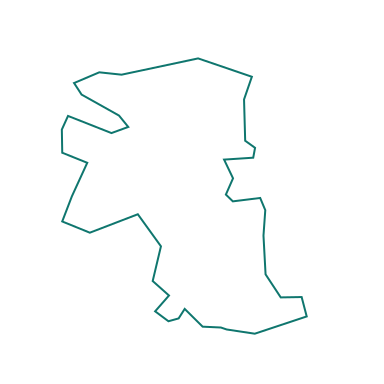 Shakhrixan, Andijon, Uzbekistan (Natural Earth projection), rotated 194°
{"feature_id": "79887680B98657239808063", "entity_name": "Shakhrixan", "entity_type": "district", "adm_level": 2, "iso_a3": "UZB", "parent_name": "Uzbekistan", "parent_adm1": "Andijon", "projection": "natural_earth1", "projection_center": [72.04, 40.728], "detail": "fine", "context": "isolated", "style": "outline", "palette": "teal", "viewbox_px": 384, "rotation_deg": 194, "n_neighbors": 0, "source": "geoboundaries", "source_scale": "gbopen_adm2", "svg_char_len": 679}
<svg xmlns="http://www.w3.org/2000/svg" viewBox="0 0 384 384"><g transform="rotate(194 192 192)"><path d="M218.4,323.1L288.7,288.8L310.9,285.7L332.8,269.2L322.7,259.8L281.3,248.5L269.6,239.7L284.4,229.7L330.7,235.8L333.4,221.1L327.4,198.7L300.7,195.0L307.5,158.8L310.8,132.0L281.3,127.8L239.2,157.3L209.0,131.8L208.6,96.1L189.3,86.0L198.9,67.3L183.6,60.9L174.4,66.1L170.8,76.8L149.1,63.9L131.2,67.5L125.1,67.0L96.8,69.7L50.6,99.0L60.2,116.6L80.4,111.2L100.7,129.9L112.1,167.0L116.5,192.1L124.4,202.7L150.1,192.8L158.5,197.7L155.5,215.2L168.7,231.2L140.9,240.1L141.5,250.1L152.8,254.6L163.9,294.4L161.8,318.3L218.4,323.1Z" fill="none" stroke="#0f766e" stroke-width="2"/></g></svg>